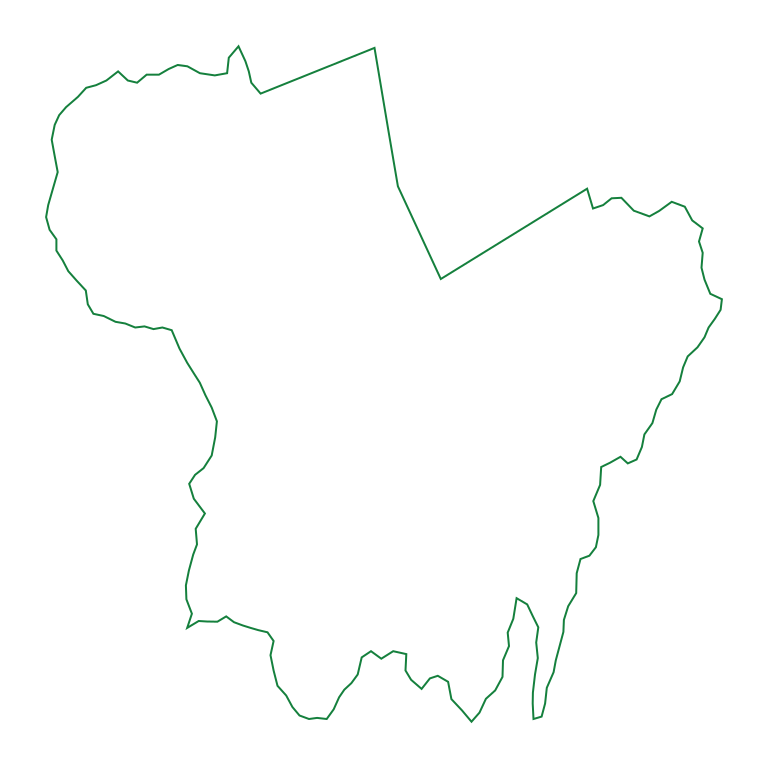 Rancho Queimado, Santa Catarina, Brazil
{"feature_id": "56859067B14701683367947", "entity_name": "Rancho Queimado", "entity_type": "district", "adm_level": 2, "iso_a3": "BRA", "parent_name": "Brazil", "parent_adm1": "Santa Catarina", "projection": "equal_earth", "projection_center": [-49.09, -27.678], "detail": "fine", "context": "isolated", "style": "outline", "palette": "green", "viewbox_px": 768, "rotation_deg": 0, "n_neighbors": 0, "source": "geoboundaries", "source_scale": "gbopen_adm2", "svg_char_len": 2315}
<svg xmlns="http://www.w3.org/2000/svg" viewBox="0 0 768 768"><path d="M702.7,228.4L692.2,220.4L684.8,206.7L671.7,201.8L659.2,210.9L649.4,216.4L633.8,210.7L621.4,197.8L611.6,198.3L603.1,205.1L593.0,208.5L587.1,188.7L440.8,279.0L397.9,186.3L388.4,130.6L374.5,47.9L260.6,93.6L251.3,82.7L248.8,71.4L245.4,61.2L238.5,46.3L228.8,57.7L227.1,73.2L214.8,75.4L199.9,73.2L187.4,66.3L177.6,65.0L168.7,69.0L158.9,74.7L146.6,74.7L137.1,82.7L127.8,80.5L118.1,71.4L106.4,80.5L96.0,85.2L86.2,87.8L77.9,96.9L66.1,107.1L59.2,115.1L54.7,124.9L51.7,139.7L54.7,156.1L57.7,172.1L54.7,182.5L51.5,193.6L48.2,205.1L46.1,217.1L49.6,229.8L56.4,239.3L56.4,250.6L62.7,260.4L68.3,271.2L76.8,280.8L85.8,290.5L87.8,304.3L93.4,313.8L103.7,316.0L115.5,321.8L125.3,323.5L135.2,327.5L144.5,326.4L153.5,329.1L162.4,327.5L171.7,330.2L179.5,348.6L187.2,362.8L194.3,374.1L199.8,382.7L205.4,395.2L211.7,407.6L216.9,421.3L215.2,437.3L211.7,455.5L203.6,468.1L195.1,474.8L189.2,483.8L193.8,498.7L204.9,513.5L195.7,528.8L197.0,544.4L193.2,554.6L188.9,570.5L185.9,585.4L186.4,599.3L191.9,613.7L187.2,627.9L198.7,621.0L206.8,621.5L217.4,621.7L226.2,616.4L234.0,622.2L242.9,625.5L250.6,627.9L258.2,630.1L267.5,632.3L273.6,641.0L270.5,655.2L273.6,670.5L277.5,685.8L286.2,695.5L292.4,707.0L299.5,715.5L309.0,719.0L317.1,717.9L326.7,719.0L333.7,709.3L339.1,697.3L344.3,689.7L351.4,683.1L357.7,674.5L361.7,657.4L371.0,651.2L381.3,658.7L393.2,651.2L406.3,654.1L405.5,670.5L411.1,679.8L421.6,688.9L429.9,678.4L437.8,675.8L448.1,681.8L451.4,699.1L462.0,710.4L471.5,721.7L479.5,712.6L485.9,698.8L495.2,690.4L502.5,676.9L503.0,660.3L509.0,646.1L507.7,632.6L513.3,618.8L516.6,598.2L527.2,604.4L532.9,616.4L538.3,627.3L536.2,642.5L537.8,658.1L535.0,674.5L532.9,692.6L532.7,703.5L533.5,719.0L541.6,716.6L545.1,703.5L546.8,687.8L553.6,672.2L555.8,660.3L559.6,646.1L563.4,631.9L563.9,619.9L568.2,606.2L576.2,593.1L576.7,573.2L580.5,559.0L589.4,555.7L595.9,547.2L598.4,535.0L598.4,518.0L593.3,501.1L600.1,484.9L601.2,467.0L609.9,462.8L620.5,456.8L627.8,463.4L636.6,459.5L641.9,447.0L644.4,434.4L652.4,423.1L656.3,409.6L661.5,399.2L672.1,394.1L679.7,381.4L683.1,367.4L687.7,356.4L697.5,347.3L704.5,337.3L708.6,327.5L714.8,318.9L720.6,309.8L721.9,299.2L710.3,293.8L704.5,279.6L701.5,267.7L702.7,252.8L699.0,241.5L702.7,228.4Z" fill="none" stroke="#15803d" stroke-width="2"/></svg>